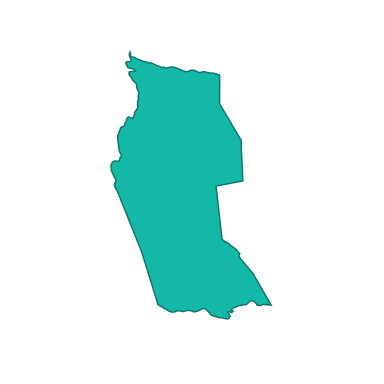 Marcionílio Souza, Bahia, Brazil, rotated 303°
{"feature_id": "56859067B20080017614460", "entity_name": "Marcionílio Souza", "entity_type": "district", "adm_level": 2, "iso_a3": "BRA", "parent_name": "Brazil", "parent_adm1": "Bahia", "projection": "equal_earth", "projection_center": [-40.653, -13.154], "detail": "fine", "context": "isolated", "style": "filled", "palette": "teal", "viewbox_px": 384, "rotation_deg": 303, "n_neighbors": 0, "source": "geoboundaries", "source_scale": "gbopen_adm2", "svg_char_len": 2737}
<svg xmlns="http://www.w3.org/2000/svg" viewBox="0 0 384 384"><g transform="rotate(303 192 192)"><path d="M153.7,125.4L152.5,128.3L114.3,182.5L79.0,224.9L79.6,238.1L80.4,240.7L81.9,242.7L83.7,243.7L84.9,245.2L86.0,247.4L86.9,249.8L88.0,250.8L89.2,251.6L90.7,253.5L92.0,256.2L92.5,259.0L93.9,260.4L95.3,261.7L96.7,262.6L98.1,263.3L99.6,264.2L100.8,265.4L101.3,267.4L100.7,269.2L100.5,271.2L99.6,273.1L99.3,275.9L99.9,278.3L100.8,280.6L101.2,282.9L102.6,285.1L103.4,287.3L104.3,289.6L105.2,291.3L106.6,291.8L108.3,291.8L110.0,289.4L110.6,287.4L111.9,288.3L112.7,291.1L114.4,291.3L114.4,289.2L116.1,289.4L117.6,289.9L119.0,291.2L120.5,292.2L121.7,292.8L123.2,294.4L124.7,295.9L125.9,297.2L127.1,298.9L129.0,299.4L130.9,299.8L132.2,300.2L133.4,301.2L133.8,302.9L133.9,305.3L132.6,308.4L134.2,311.4L136.4,312.7L137.7,315.4L139.4,317.9L140.1,320.1L142.9,314.8L156.8,287.6L161.3,273.0L162.7,268.4L163.9,266.2L166.2,265.7L167.2,262.4L167.8,260.5L168.1,258.7L168.2,255.7L168.4,252.4L168.8,250.4L168.5,247.8L168.4,245.1L168.6,243.0L173.0,239.4L210.1,208.9L212.1,211.0L214.3,213.3L229.0,228.6L255.7,209.4L262.0,205.3L263.7,201.9L275.4,178.3L281.1,167.0L289.6,161.5L303.8,152.4L305.0,151.1L304.4,148.8L303.6,146.0L302.4,143.6L301.3,141.5L300.5,139.8L299.8,137.3L298.6,135.2L297.2,134.5L295.8,132.4L295.7,129.8L294.9,126.6L293.8,125.2L292.8,124.1L291.1,123.4L289.3,120.8L288.8,118.3L288.3,116.1L288.1,114.3L287.7,112.2L287.1,110.5L286.8,108.8L286.1,107.3L284.7,105.6L283.3,104.3L281.8,102.9L281.3,100.5L280.2,99.2L279.7,96.6L278.8,93.9L278.5,90.5L278.1,87.8L276.9,86.0L276.5,83.6L275.8,81.9L275.0,80.2L274.7,77.8L274.0,75.0L273.7,72.9L273.3,69.9L272.5,67.6L273.2,64.8L271.2,66.6L270.1,68.7L268.2,69.4L266.8,68.1L265.4,66.1L263.6,66.6L262.5,68.7L261.5,70.5L261.8,72.2L262.5,73.7L263.3,76.5L262.7,78.8L261.4,77.6L260.2,75.7L258.8,74.0L256.6,74.8L255.7,76.8L254.9,78.7L253.2,82.1L252.5,86.0L251.4,87.4L250.2,88.3L249.0,89.3L247.9,91.1L246.8,92.8L245.3,94.1L243.0,94.6L241.4,96.3L240.0,96.8L238.1,97.1L236.9,98.1L235.6,98.8L233.5,100.6L231.1,100.7L229.5,100.6L228.1,100.5L226.8,101.1L224.9,101.6L222.3,102.1L220.6,100.7L220.5,97.9L218.7,97.3L217.2,97.5L216.0,98.3L214.5,98.4L213.1,98.3L211.8,98.8L210.0,99.2L208.4,97.6L206.9,97.3L205.2,97.6L203.9,97.9L202.2,98.3L199.8,98.9L198.5,99.1L197.0,100.2L195.1,101.6L193.3,103.0L192.1,104.4L190.6,105.2L188.7,107.0L186.9,108.5L185.7,110.4L185.0,112.1L183.2,113.4L181.1,113.1L179.1,113.8L177.2,113.4L176.6,111.4L175.2,109.6L173.4,109.0L171.8,109.2L170.4,109.4L168.9,110.6L167.3,111.7L165.4,113.6L164.5,115.2L163.6,116.5L162.3,118.7L160.9,121.4L159.3,122.5L157.1,122.5L155.8,122.8L154.8,124.1L153.7,125.4ZM273.2,64.8L274.6,65.3L275.6,63.9L273.2,64.8Z" fill="#14b8a6" stroke="#0f766e" stroke-width="1.5"/></g></svg>